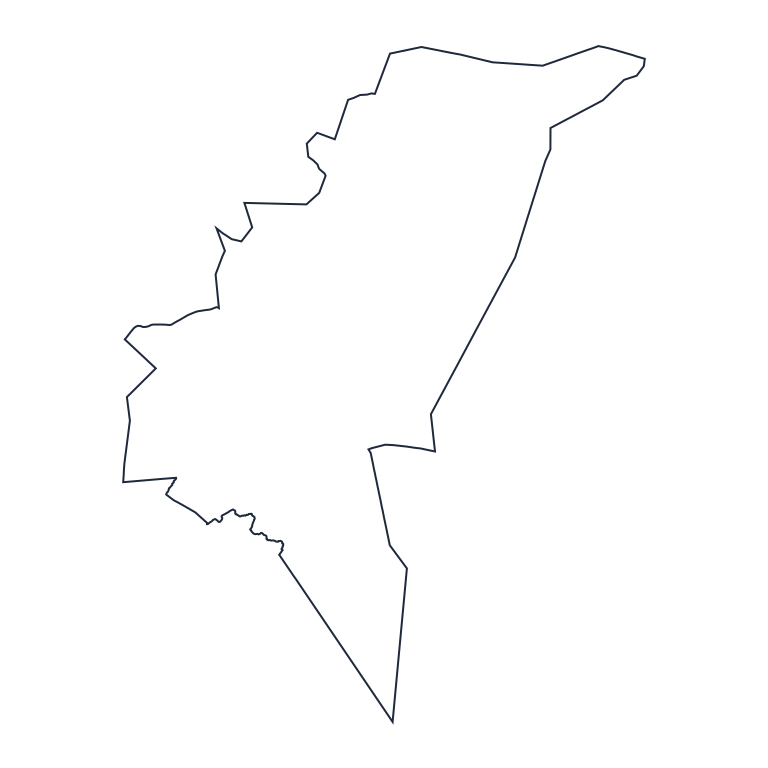 Namsskogan nor, Nord-Trøndelag, Norway (Mercator projection)
{"feature_id": "86288312B18361683612622", "entity_name": "Namsskogan nor", "entity_type": "district", "adm_level": 2, "iso_a3": "NOR", "parent_name": "Norway", "parent_adm1": "Nord-Trøndelag", "projection": "mercator", "projection_center": [12.823, 64.81], "detail": "fine", "context": "isolated", "style": "outline", "palette": "slate", "viewbox_px": 768, "rotation_deg": 0, "n_neighbors": 0, "source": "geoboundaries", "source_scale": "gbopen_adm2", "svg_char_len": 5679}
<svg xmlns="http://www.w3.org/2000/svg" viewBox="0 0 768 768"><path d="M216.5,228.3L224.9,250.8L222.3,256.6L215.6,274.4L218.9,308.1L217.6,307.3L216.8,307.2L216.1,307.3L211.7,309.0L210.2,309.5L204.0,310.3L201.7,310.7L198.2,311.2L195.7,311.9L193.4,312.8L190.5,314.0L188.4,314.9L186.9,315.7L184.2,317.3L179.4,320.1L177.1,321.3L174.6,322.7L172.4,324.1L171.1,324.8L169.2,325.0L164.5,324.6L156.7,324.5L154.2,324.5L152.9,324.6L150.7,325.1L149.8,325.7L148.0,326.4L146.3,326.8L144.6,327.0L143.4,327.0L142.0,326.7L140.9,326.1L139.0,325.9L137.8,325.9L136.3,326.4L134.2,327.8L133.1,329.1L131.4,331.1L126.5,337.4L124.8,339.4L155.8,368.4L126.9,397.1L129.9,420.7L124.4,463.4L123.9,470.4L123.7,475.0L123.2,482.2L160.7,479.0L176.1,477.8L176.2,478.1L176.0,478.6L175.9,478.9L175.8,479.1L175.6,479.4L175.3,479.7L174.3,480.5L174.0,480.7L173.9,480.9L173.8,481.2L173.7,481.4L173.7,481.6L173.8,481.9L173.7,482.1L173.7,482.4L173.6,482.5L173.4,482.8L172.8,483.1L172.4,483.5L172.2,483.7L172.2,483.8L172.2,484.0L172.3,484.4L172.3,484.6L172.3,484.8L172.2,485.1L171.1,486.1L170.7,486.6L170.3,487.1L170.0,487.5L169.9,487.7L169.7,487.9L169.4,488.0L169.2,488.1L168.9,488.4L168.9,488.7L168.9,488.9L168.9,489.1L168.8,489.5L168.5,490.2L168.1,491.4L168.0,491.5L167.8,491.8L167.1,492.4L166.8,492.8L166.6,493.2L166.5,493.5L166.4,493.9L166.2,494.5L170.2,497.6L174.3,500.6L177.3,502.1L181.8,504.6L195.2,512.3L206.4,522.3L207.0,522.9L207.2,523.0L207.3,523.1L207.3,523.5L207.0,523.9L207.0,524.1L207.5,524.1L208.0,524.0L208.3,523.7L208.6,523.5L209.5,522.7L209.9,522.4L211.0,521.8L211.5,521.5L212.0,521.0L212.7,520.3L212.8,520.1L214.5,519.2L215.0,519.1L215.6,519.2L216.1,519.7L217.7,520.8L218.0,521.3L218.5,521.8L219.3,522.0L219.9,521.8L220.3,521.5L220.7,521.1L221.4,520.2L221.8,519.6L222.2,518.8L222.2,518.1L222.2,517.7L221.8,517.1L221.6,516.6L221.7,516.1L222.0,515.6L222.7,515.2L225.0,514.0L225.9,513.5L227.2,512.8L228.6,512.0L230.0,510.9L230.8,510.5L232.2,509.8L232.7,509.5L233.1,509.5L233.6,509.8L234.1,510.2L235.1,510.7L235.3,511.6L235.2,512.7L235.3,513.3L235.5,513.4L235.6,513.6L235.6,514.0L235.8,514.2L235.9,514.3L236.3,514.3L236.6,514.3L237.2,514.7L237.5,515.1L237.9,515.3L238.6,515.5L238.8,515.7L239.2,516.1L239.7,516.4L240.1,516.5L240.3,516.4L240.5,516.3L241.1,516.1L242.1,515.6L242.5,515.7L242.6,515.8L243.0,515.8L243.3,515.7L244.3,515.4L244.5,515.3L245.0,515.5L245.4,515.6L245.5,515.5L246.6,514.8L246.8,514.9L247.0,515.0L247.3,515.0L247.4,514.9L248.0,514.8L248.4,514.3L248.6,514.1L248.8,514.0L249.1,514.0L249.8,514.0L250.3,513.8L250.7,513.9L250.9,514.0L251.1,514.0L251.3,513.8L251.6,513.8L251.8,513.9L251.9,514.1L251.9,514.5L251.9,514.8L251.9,515.0L252.1,515.3L252.4,515.6L252.7,515.8L253.0,516.0L253.7,516.4L254.4,516.9L254.4,517.1L254.4,517.4L254.4,517.5L254.5,518.0L254.7,518.4L254.6,518.5L254.6,518.9L254.6,519.0L254.2,519.6L254.1,519.8L254.1,520.0L254.0,520.4L253.8,521.0L253.4,521.7L253.3,521.9L253.2,522.1L253.0,522.7L252.7,523.4L252.6,524.0L252.5,524.4L252.3,524.8L252.2,525.0L252.1,525.4L252.1,525.6L252.1,525.8L252.2,526.0L252.1,526.6L252.0,526.9L251.5,527.4L251.4,527.6L251.2,528.1L251.0,528.5L250.9,528.7L250.4,529.0L250.2,529.4L250.3,529.5L250.6,529.8L250.8,530.1L250.8,530.4L250.8,530.5L251.0,530.6L251.4,530.9L251.4,531.0L251.5,531.2L251.5,531.3L251.6,531.6L252.2,532.1L252.5,532.5L252.9,533.0L253.3,533.3L253.6,533.5L253.9,533.7L254.5,534.0L255.1,534.1L255.5,534.2L257.1,533.9L257.5,533.9L257.9,534.1L258.4,534.3L258.7,534.4L258.9,534.3L259.5,534.0L260.2,533.7L260.9,533.0L261.1,532.9L261.4,532.9L261.9,533.0L262.3,533.3L263.0,533.9L263.3,534.3L263.7,534.8L263.9,534.9L264.9,535.2L265.4,535.4L265.7,535.5L265.9,535.7L266.2,535.9L266.3,536.1L266.4,536.3L266.5,536.7L266.6,537.9L266.5,538.2L266.4,538.4L266.4,538.6L266.9,538.7L267.0,538.9L267.1,539.1L267.1,539.3L267.1,539.5L267.4,539.9L267.6,540.0L267.9,540.2L268.8,540.1L269.0,540.2L270.0,540.0L270.5,540.4L270.7,540.5L271.2,540.5L271.5,540.6L272.1,540.5L272.6,540.4L273.1,540.4L273.8,540.5L274.1,540.6L274.4,540.6L274.7,540.7L275.0,540.9L275.3,541.2L275.5,541.3L276.1,541.6L276.4,541.7L276.8,541.7L277.5,541.5L278.1,541.7L278.3,541.6L278.5,541.4L278.7,541.1L278.9,541.0L279.1,541.0L279.6,541.1L280.3,540.9L280.6,540.9L280.9,541.0L281.6,541.4L281.8,541.5L282.0,541.7L282.1,542.0L282.1,542.3L282.1,542.7L282.1,543.0L282.3,543.4L283.0,543.5L283.2,543.8L283.3,544.2L283.1,544.8L283.2,545.4L283.1,545.8L282.7,546.1L282.6,546.5L282.5,546.8L282.6,547.0L282.4,547.9L281.6,548.6L281.6,549.1L281.8,549.6L281.9,549.8L282.1,550.0L282.3,550.1L282.5,550.2L279.2,554.8L279.4,555.0L283.4,560.9L291.7,573.1L293.3,575.5L295.6,578.7L392.6,721.9L406.9,568.4L389.8,545.3L386.9,531.2L383.8,516.5L382.5,509.8L382.4,509.6L381.5,505.5L381.3,504.2L380.8,501.8L380.6,500.7L379.0,493.2L378.7,491.6L378.3,489.7L378.1,488.8L377.7,487.1L377.2,484.5L377.0,483.5L376.1,479.1L375.4,476.0L375.1,474.3L374.8,472.9L373.9,468.7L372.8,463.1L370.7,453.0L368.5,449.4L371.7,448.2L385.2,444.7L393.3,445.1L406.9,446.6L415.6,447.9L420.3,448.4L435.0,451.5L430.9,414.2L457.9,364.0L475.1,331.8L497.1,290.9L515.1,257.5L528.3,215.2L545.3,161.0L550.4,149.5L550.5,128.0L602.8,100.3L624.2,79.8L636.7,75.7L643.8,66.2L644.8,58.8L636.8,56.5L633.4,55.3L615.0,50.0L608.4,48.2L604.1,47.2L598.3,46.1L597.3,46.5L594.1,47.7L588.2,49.7L574.5,54.5L570.9,55.8L542.7,65.7L492.5,62.3L460.1,54.5L451.7,53.0L421.5,47.0L390.0,53.6L374.9,93.9L371.6,93.4L367.1,94.6L360.3,95.0L359.4,95.3L353.5,98.0L348.1,99.8L334.8,139.3L317.1,132.8L306.8,143.6L308.3,156.8L313.3,160.4L317.5,164.5L318.7,167.8L319.5,169.2L320.0,169.6L323.5,172.6L324.2,173.1L324.7,173.8L325.6,175.8L319.2,192.9L306.4,204.4L244.4,202.9L252.2,227.4L241.4,241.4L231.8,239.2L222.5,233.1L216.5,228.3Z" fill="none" stroke="#1e293b" stroke-width="2"/></svg>